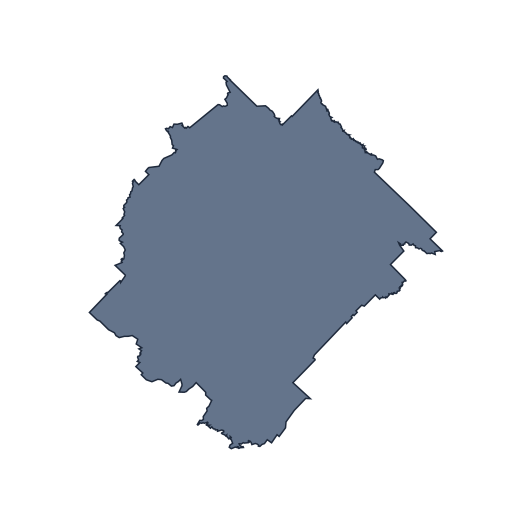 outline of Moorabool, Victoria, Australia, rotated 306°
{"feature_id": "25037944B6902911043133", "entity_name": "Moorabool", "entity_type": "district", "adm_level": 2, "iso_a3": "AUS", "parent_name": "Australia", "parent_adm1": "Victoria", "projection": "albers", "projection_center": [144.318, -37.633], "detail": "fine", "context": "isolated", "style": "filled", "palette": "slate", "viewbox_px": 512, "rotation_deg": 306, "n_neighbors": 0, "source": "geoboundaries", "source_scale": "gbopen_adm2", "svg_char_len": 6089}
<svg xmlns="http://www.w3.org/2000/svg" viewBox="0 0 512 512"><g transform="rotate(306 256 256)"><path d="M85.1,308.4L86.8,308.8L87.1,307.6L87.6,307.7L88.8,310.5L90.0,311.1L90.3,312.5L93.1,314.5L92.9,315.1L91.5,315.5L91.3,314.9L90.2,314.9L90.0,315.3L91.8,317.9L90.3,317.3L89.9,320.4L91.8,320.7L91.1,323.1L91.9,324.4L91.4,325.4L92.8,327.0L91.6,327.9L95.1,330.6L95.7,332.4L94.8,333.3L93.1,332.3L92.4,332.3L92.2,333.1L92.9,335.9L92.6,337.3L93.9,337.5L92.9,338.1L92.1,341.5L94.0,341.8L94.8,341.2L94.6,342.7L92.9,342.8L92.7,344.3L90.7,347.2L87.8,346.1L85.5,346.8L85.6,349.3L89.2,351.5L90.0,353.6L90.8,353.0L91.2,353.9L90.3,354.6L90.3,355.2L91.7,356.0L93.7,358.4L94.2,357.6L93.4,356.8L93.3,354.3L94.1,352.7L94.8,353.3L95.2,354.6L97.5,355.4L97.7,356.4L100.6,359.7L101.2,359.9L101.7,358.5L102.3,358.5L102.7,360.0L102.3,361.6L101.0,363.5L103.9,365.6L104.6,367.7L104.5,369.4L103.6,369.6L103.7,370.2L104.3,371.1L107.1,371.6L109.2,373.1L114.0,373.1L114.0,378.4L123.8,378.1L123.6,380.8L134.3,380.9L139.4,377.8L153.7,377.7L170.0,379.9L172.5,383.8L175.2,360.3L206.7,364.9L207.2,364.3L207.0,362.2L210.3,361.4L255.3,367.4L254.6,369.1L262.5,370.1L263.0,368.7L265.6,369.0L265.4,370.3L269.9,371.0L270.4,369.1L278.3,370.4L279.1,373.1L294.7,375.4L293.8,381.4L295.1,381.4L296.7,382.7L297.3,382.6L297.0,383.4L298.3,384.8L298.2,385.5L299.4,385.2L299.4,386.3L302.6,386.6L303.3,385.9L303.4,386.6L304.3,386.6L305.1,388.6L305.5,388.2L305.5,388.8L306.4,388.8L306.3,389.3L307.0,388.9L307.7,389.3L307.4,390.3L308.3,391.6L309.2,391.7L310.4,391.0L312.0,392.5L312.8,392.6L313.2,391.8L314.3,391.8L314.3,390.8L314.8,391.1L315.7,390.5L316.1,390.9L315.7,391.2L317.3,391.7L318.1,391.4L317.6,390.9L318.4,390.9L318.5,390.5L318.5,391.7L319.2,391.5L319.5,391.9L319.3,391.2L320.5,389.8L321.0,390.4L323.3,390.8L323.7,391.9L324.3,391.7L324.6,390.5L328.1,369.8L346.9,372.7L349.1,366.0L350.6,363.5L350.7,365.8L349.7,366.2L350.2,367.6L351.3,368.8L352.0,368.2L353.2,369.3L354.2,368.8L355.5,369.1L355.9,372.2L354.9,373.5L356.2,375.4L358.1,376.0L357.5,377.6L358.0,379.0L356.5,380.2L357.5,381.8L357.5,383.7L359.0,384.7L359.1,385.9L358.5,386.6L358.5,388.4L359.0,388.7L358.4,392.8L359.9,394.4L360.3,395.5L361.6,396.2L362.6,400.1L364.6,398.0L368.5,401.6L368.3,402.4L368.7,403.5L369.7,404.0L372.2,386.7L381.2,388.0L386.8,351.0L393.4,302.5L396.0,301.7L397.6,303.9L399.2,304.3L405.9,303.9L408.0,303.0L408.0,301.5L407.0,298.5L405.6,297.4L407.3,294.0L406.8,291.8L405.6,290.1L406.5,289.7L406.5,289.1L405.3,288.9L405.1,285.7L404.4,284.5L405.3,284.8L405.4,284.3L404.3,283.2L406.0,281.4L406.6,282.6L407.0,282.5L407.6,281.4L406.3,280.8L407.7,279.8L406.4,279.5L406.0,278.5L407.4,277.6L408.5,278.4L408.0,277.2L409.0,277.0L407.9,276.2L408.2,275.4L407.7,274.9L408.7,273.7L407.9,273.2L408.2,272.3L407.6,272.1L408.1,271.4L407.4,270.3L407.9,270.0L407.3,269.2L407.7,268.6L407.0,267.2L407.8,266.9L407.5,266.3L408.1,265.7L406.7,264.9L406.6,264.1L407.2,263.8L407.3,262.8L406.8,262.3L407.9,261.7L408.1,259.7L408.9,260.3L407.9,257.6L408.5,256.2L408.3,253.7L409.3,253.5L408.1,252.7L409.4,251.5L409.9,249.3L410.6,249.4L412.2,246.5L411.7,245.6L412.5,243.8L412.0,243.9L411.6,241.8L410.5,240.9L411.4,240.0L410.4,239.7L410.8,238.5L410.0,238.3L409.8,237.7L411.4,235.4L412.7,236.0L412.3,233.6L413.5,231.6L414.1,231.8L414.9,231.0L415.7,229.4L415.3,228.5L416.1,228.7L416.8,228.0L416.6,227.2L415.8,227.3L418.0,224.3L417.6,221.1L418.0,220.3L417.6,219.7L418.2,218.3L419.9,218.0L421.1,216.4L421.2,215.3L421.8,215.2L422.2,213.8L423.1,212.9L423.1,212.1L424.1,211.5L424.5,209.9L425.3,210.0L426.9,208.4L390.1,203.2L390.2,202.3L377.6,200.3L378.0,199.6L376.9,199.2L377.1,197.7L377.9,196.5L378.7,196.6L378.4,195.9L379.0,195.1L380.2,195.2L379.5,194.9L380.1,194.6L379.8,194.1L381.0,194.1L379.6,191.7L379.5,189.4L379.7,188.7L380.5,188.7L381.5,187.4L382.7,184.2L382.3,181.4L382.9,179.4L383.1,175.4L377.7,168.7L383.1,131.5L383.4,131.6L383.9,127.8L384.5,126.7L383.5,124.9L382.0,124.4L380.8,125.1L380.3,130.1L379.0,129.6L377.0,131.5L373.2,138.9L371.3,137.4L370.5,137.6L370.1,138.6L366.4,139.2L364.5,138.7L362.7,142.9L361.0,144.2L358.8,143.0L358.4,141.6L357.0,140.8L357.0,137.7L356.2,136.3L320.8,127.0L320.8,124.8L318.3,124.4L318.4,123.2L317.6,123.1L318.1,119.6L318.7,120.0L320.0,117.9L316.3,114.9L314.5,112.1L310.8,112.9L310.2,110.5L307.6,110.4L306.7,108.5L305.7,108.0L304.8,109.9L304.7,111.4L305.3,111.5L305.2,112.0L304.6,111.9L302.7,116.4L301.7,116.8L300.1,119.8L296.9,122.6L296.7,124.4L294.2,125.0L295.7,129.5L294.7,129.3L294.0,128.4L294.3,129.4L292.2,130.1L291.8,129.0L288.3,128.5L280.8,124.1L278.1,123.8L271.6,124.8L264.7,117.4L263.4,117.0L259.5,116.8L258.8,121.5L244.8,119.3L245.6,114.0L246.1,113.7L246.3,112.4L243.9,112.1L243.8,113.1L242.1,113.4L240.0,115.9L238.6,116.0L235.7,117.4L234.3,116.9L232.5,118.0L231.4,117.6L229.6,119.5L228.0,118.2L226.7,118.8L225.1,118.4L224.1,119.6L223.2,119.9L219.3,119.3L217.8,120.4L218.0,121.0L216.3,120.7L214.6,123.8L212.1,124.7L211.6,125.8L208.1,125.4L208.0,126.3L198.5,124.9L200.7,128.3L199.8,128.5L198.4,130.1L198.4,132.3L196.5,133.1L196.1,135.4L195.4,135.9L190.1,134.9L188.3,135.9L188.1,136.8L188.7,139.8L186.5,138.8L185.8,143.5L184.0,146.7L180.8,147.2L179.3,149.1L176.0,150.8L175.2,150.5L175.4,149.2L174.1,148.9L173.9,150.3L172.6,150.0L172.1,151.5L165.6,147.5L163.7,161.5L162.9,161.9L155.0,162.1L156.2,161.0L156.1,160.4L139.0,157.6L139.1,157.0L138.2,156.5L136.9,156.3L137.3,157.8L112.4,154.4L110.9,165.1L111.6,168.0L109.7,180.1L110.7,186.6L109.3,189.5L109.6,193.3L113.6,196.7L115.9,199.8L118.9,202.6L119.2,209.3L114.4,210.8L114.6,217.5L112.0,215.8L112.1,219.1L109.7,219.1L109.6,219.9L108.5,219.7L108.4,220.6L106.6,220.4L105.4,219.4L104.6,219.6L102.9,222.1L100.9,221.9L101.6,224.6L95.9,223.8L94.8,233.2L92.5,232.9L91.4,240.0L93.1,245.7L98.5,249.0L100.4,252.2L100.3,257.8L101.3,259.7L101.0,264.0L102.9,265.9L106.5,266.0L108.7,267.0L111.9,267.5L108.8,271.5L107.4,272.4L100.7,273.7L103.6,278.0L105.4,279.3L109.0,279.9L113.3,281.5L118.4,282.0L116.2,295.4L113.9,297.0L113.0,304.0L113.2,305.0L106.9,306.2L103.8,305.6L101.9,307.5L95.1,307.7L92.9,309.5L91.0,308.8L90.0,307.1L85.2,307.6L85.1,308.4Z" fill="#64748b" stroke="#1e293b" stroke-width="1.5"/></g></svg>